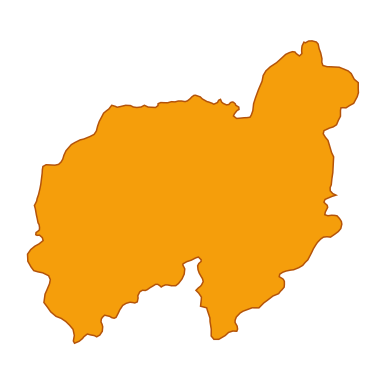 Gomel, Gomel, Belarus, rotated 273°
{"feature_id": "67162791B13261784360532", "entity_name": "Gomel", "entity_type": "district", "adm_level": 2, "iso_a3": "BLR", "parent_name": "Belarus", "parent_adm1": "Gomel", "projection": "albers", "projection_center": [30.956, 52.323], "detail": "fine", "context": "isolated", "style": "filled", "palette": "amber", "viewbox_px": 384, "rotation_deg": 273, "n_neighbors": 0, "source": "geoboundaries", "source_scale": "gbopen_adm2", "svg_char_len": 4090}
<svg xmlns="http://www.w3.org/2000/svg" viewBox="0 0 384 384"><g transform="rotate(273 192 192)"><path d="M170.4,35.3L167.1,36.4L164.5,37.0L160.6,37.9L157.4,38.8L153.1,39.9L151.5,41.0L148.6,41.6L146.2,41.6L144.6,40.0L143.4,38.4L141.2,38.2L140.6,39.5L140.9,42.0L138.6,44.9L135.7,45.9L132.2,42.0L129.6,37.8L126.1,34.0L121.3,31.0L114.2,31.7L108.7,35.2L105.2,38.1L104.2,42.3L103.5,47.1L100.9,53.2L97.1,55.1L92.9,54.5L86.5,52.2L82.3,50.6L73.9,49.9L69.4,53.7L64.9,57.2L60.7,62.7L59.0,67.9L56.1,72.7L52.5,76.8L48.6,80.4L42.5,82.0L37.0,81.3L34.8,82.6L37.0,87.1L39.9,90.3L41.8,91.6L44.7,94.9L44.0,98.1L43.5,102.0L42.4,104.4L44.3,107.4L48.2,109.7L52.7,109.9L55.2,109.1L57.5,107.9L60.4,108.1L62.2,109.1L64.4,111.2L63.5,116.3L62.3,118.5L61.9,120.9L62.8,122.7L66.7,124.5L70.9,126.2L72.6,127.3L75.1,128.7L77.4,132.1L78.7,135.9L78.5,138.7L78.2,140.7L79.4,143.1L83.3,143.7L85.5,143.3L89.6,145.1L91.3,147.7L91.2,150.5L92.1,152.4L94.2,155.0L95.8,157.5L97.9,160.5L98.0,162.6L96.8,164.7L95.5,166.2L96.6,167.7L97.9,170.5L97.9,172.7L97.3,176.5L97.6,180.7L99.9,183.3L104.7,186.6L109.6,188.5L114.8,188.8L117.0,187.6L118.7,186.6L119.9,186.9L122.2,190.5L123.8,194.7L126.4,199.2L127.4,201.8L124.8,204.7L123.1,204.7L120.9,202.5L118.6,201.5L114.7,202.1L111.5,203.4L107.9,205.7L106.0,207.0L103.1,207.9L99.5,206.3L98.2,205.3L96.6,203.4L94.0,201.1L91.4,204.0L87.5,206.9L84.9,206.9L78.4,206.5L77.1,212.7L74.5,213.6L67.1,216.5L63.5,216.8L56.0,218.4L49.2,218.7L46.0,221.6L46.3,226.5L50.4,232.7L53.7,235.9L55.3,240.1L55.3,244.0L57.5,244.7L60.4,244.1L64.0,241.8L66.3,241.8L69.5,242.8L73.7,246.4L75.7,249.3L79.5,258.1L79.8,264.9L85.0,269.5L87.6,272.7L92.4,278.3L95.0,283.8L97.5,285.5L99.1,287.0L101.8,289.0L104.5,289.1L107.6,288.9L109.5,287.8L110.1,287.0L112.0,283.5L114.5,283.9L116.6,286.8L118.0,290.1L119.1,294.3L119.7,297.6L122.0,302.6L124.5,306.4L127.6,308.7L130.3,311.2L137.5,314.5L141.7,316.2L145.9,318.5L148.2,319.9L151.7,322.9L153.8,325.6L154.4,329.1L154.2,332.7L157.5,337.0L160.2,340.2L163.3,342.5L167.7,343.3L170.4,342.7L173.3,340.6L175.8,338.1L176.1,335.8L176.1,332.7L175.4,328.9L176.3,325.8L179.0,326.2L183.8,328.3L185.8,327.7L187.5,325.6L188.8,324.3L191.5,325.2L192.7,327.5L195.0,332.2L196.4,336.0L197.8,332.6L200.4,330.0L203.6,329.7L206.5,330.7L212.6,331.0L218.7,331.6L228.1,331.6L234.5,331.6L238.7,329.3L246.1,326.7L250.6,325.1L253.8,322.2L257.0,320.0L260.2,320.6L263.1,326.0L264.4,329.6L266.7,332.8L271.2,334.4L275.4,336.3L281.2,336.0L283.8,336.3L284.1,338.2L284.1,341.4L286.7,345.0L289.0,348.8L295.8,352.0L299.9,353.0L303.8,352.6L309.9,352.3L313.1,348.1L318.6,344.8L321.1,341.6L324.3,332.5L324.3,324.5L324.2,320.3L325.2,316.1L328.4,314.8L331.9,314.8L337.7,313.2L341.6,311.5L346.4,310.2L348.3,308.3L349.2,304.1L348.9,300.6L346.9,297.4L347.5,295.9L343.7,294.3L341.6,294.1L338.7,294.1L336.0,294.5L334.2,292.9L333.5,292.1L335.8,288.7L337.2,287.5L337.4,285.0L336.2,281.8L334.3,278.3L330.7,274.8L325.5,269.6L321.1,263.6L316.9,259.5L312.1,257.0L306.3,256.2L297.6,253.0L289.5,250.5L283.4,248.9L276.4,248.5L272.0,247.2L269.7,246.0L269.1,242.9L268.9,240.4L268.2,235.8L267.8,232.7L270.1,229.4L272.2,230.2L275.7,232.7L276.9,234.6L279.2,234.3L280.9,231.2L282.3,230.6L283.8,228.7L284.0,227.5L283.3,225.8L281.3,224.2L280.8,221.9L282.1,218.6L283.3,216.9L286.0,215.6L285.0,213.8L282.7,212.8L280.8,209.2L281.6,207.6L282.8,203.8L283.0,202.4L285.5,197.4L287.4,195.3L288.8,190.5L288.6,188.9L286.9,186.8L285.0,185.2L282.8,182.7L281.9,180.4L282.3,176.7L282.1,173.4L281.1,170.3L281.1,166.7L279.8,162.9L279.7,159.0L279.7,156.1L278.4,153.5L276.5,153.5L274.5,151.2L274.5,148.0L274.5,143.8L276.1,139.9L274.2,136.7L273.5,132.5L273.8,129.0L275.1,126.0L275.1,121.2L273.6,116.1L272.7,112.8L273.5,111.0L274.4,107.3L270.5,104.6L268.6,102.3L266.1,99.6L263.4,98.4L257.6,95.7L252.9,94.3L247.9,93.3L244.4,91.2L242.1,87.3L239.2,81.1L238.2,77.6L235.3,72.5L233.0,69.0L229.3,66.1L226.6,64.0L222.1,62.2L218.0,61.2L215.1,59.7L212.6,57.3L211.6,53.7L211.6,49.2L211.6,44.9L209.7,41.8L206.6,41.4L202.9,41.4L197.3,41.0L191.8,40.6L187.5,40.0L181.5,38.9L177.4,37.7L174.7,37.3L170.8,35.6L170.4,35.3Z" fill="#f59e0b" stroke="#b45309" stroke-width="1.5"/></g></svg>